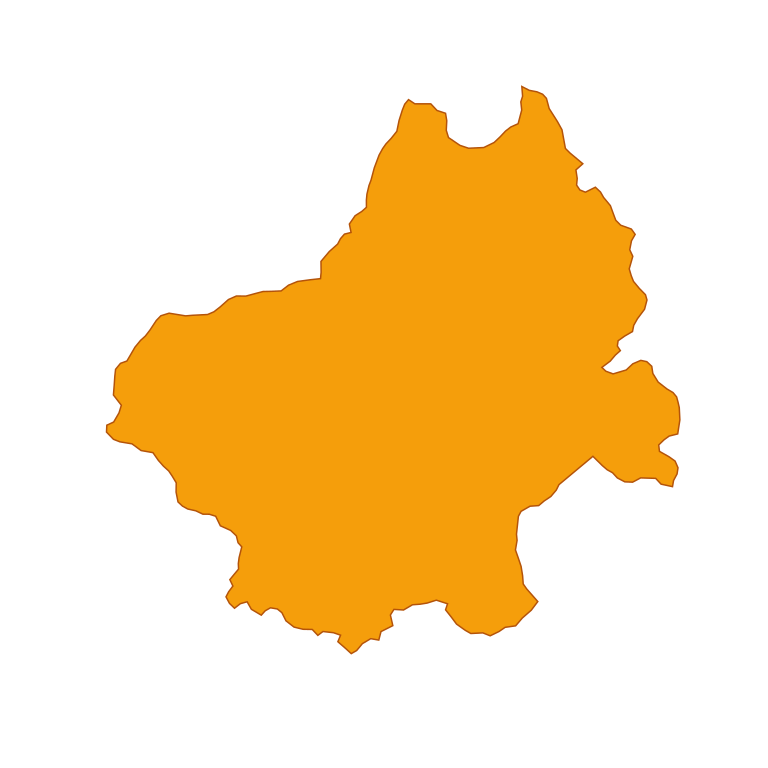 São João da Boa Vista, São Paulo, Brazil, rotated 256°
{"feature_id": "56859067B11847187620015", "entity_name": "São João da Boa Vista", "entity_type": "district", "adm_level": 2, "iso_a3": "BRA", "parent_name": "Brazil", "parent_adm1": "São Paulo", "projection": "natural_earth1", "projection_center": [-46.804, -21.966], "detail": "fine", "context": "isolated", "style": "filled", "palette": "amber", "viewbox_px": 768, "rotation_deg": 256, "n_neighbors": 0, "source": "geoboundaries", "source_scale": "gbopen_adm2", "svg_char_len": 3231}
<svg xmlns="http://www.w3.org/2000/svg" viewBox="0 0 768 768"><g transform="rotate(256 384 384)"><path d="M654.0,476.6L650.5,471.8L645.4,468.1L636.1,462.4L626.1,457.6L620.6,450.4L616.5,444.0L612.7,439.6L607.3,434.6L596.1,426.9L584.9,420.7L580.3,417.5L572.4,413.4L566.7,411.4L559.7,409.7L556.8,404.2L554.3,396.7L547.6,389.1L539.0,388.7L539.0,381.9L535.6,377.0L531.0,372.9L525.8,363.0L518.2,352.5L507.6,350.0L501.6,347.9L503.0,337.6L504.4,324.9L503.0,315.3L499.2,306.7L501.2,296.9L503.0,289.0L502.9,280.3L502.7,271.2L505.1,262.1L503.6,253.5L498.3,243.4L495.2,236.4L494.1,229.6L497.0,214.8L498.1,208.0L504.7,192.6L504.2,184.0L500.7,178.4L492.9,169.9L488.3,164.1L485.2,158.3L480.0,151.3L473.4,144.9L468.5,140.1L467.8,133.3L463.2,127.1L456.7,124.7L448.0,121.9L438.8,118.8L426.9,124.0L420.1,119.9L412.5,112.5L411.1,105.1L404.5,103.1L395.8,108.1L391.8,113.7L386.9,125.0L378.2,132.2L373.3,143.2L364.4,146.6L357.7,150.1L351.7,154.1L345.9,156.2L338.4,158.5L329.4,156.1L319.4,155.6L314.3,158.9L310.2,163.3L306.5,170.7L301.5,176.8L299.9,183.0L296.4,188.7L286.0,190.9L279.0,199.8L272.4,204.0L265.3,204.0L260.4,206.6L250.6,201.4L245.0,199.2L239.6,198.1L235.8,192.9L231.5,187.1L224.5,188.5L220.0,183.0L215.7,179.2L208.5,181.0L202.6,184.7L205.6,191.5L205.8,198.5L197.5,200.8L189.4,209.0L192.7,213.9L194.3,219.7L191.5,226.1L186.8,229.6L177.9,231.6L169.9,237.9L165.6,246.1L163.2,255.0L156.1,259.0L158.6,264.9L154.9,274.8L150.8,281.1L145.1,276.9L136.2,283.1L130.3,287.0L132.0,293.0L137.3,300.2L140.1,309.5L136.8,317.0L144.5,321.2L147.4,334.1L158.3,334.3L162.9,339.1L160.0,348.3L162.9,358.2L161.6,365.8L161.0,372.9L161.6,382.5L155.4,392.5L150.0,389.1L141.6,392.9L133.5,396.3L125.4,403.2L120.9,407.9L118.6,419.7L114.0,426.1L116.0,435.7L118.6,442.7L117.5,453.2L123.4,461.5L128.9,472.2L135.7,480.6L150.6,472.9L156.3,470.7L164.4,472.1L173.9,472.9L182.6,472.2L191.2,471.4L200.1,475.3L206.2,476.2L223.1,482.4L227.3,486.2L230.1,496.1L228.6,504.7L231.8,511.2L234.5,518.7L239.4,525.5L244.0,529.4L263.3,569.2L252.0,576.1L246.8,579.8L242.6,584.3L236.4,587.7L230.8,594.0L228.6,601.5L230.8,610.3L226.7,624.8L219.8,628.6L214.6,639.1L220.3,641.6L225.8,646.6L231.6,649.0L238.8,647.8L244.5,642.9L252.0,635.0L258.4,635.8L262.1,642.2L264.5,648.1L264.5,656.9L277.6,662.4L289.7,664.8L295.2,664.9L300.7,664.8L305.7,662.4L310.8,657.3L319.5,650.5L329.2,647.4L336.4,648.1L342.1,644.4L344.8,638.9L343.4,630.3L339.0,622.4L338.4,608.7L342.7,602.4L347.4,599.4L351.5,609.1L356.1,615.5L359.2,621.4L364.4,619.6L369.3,621.6L372.2,628.9L374.8,637.8L380.5,640.5L386.0,645.7L393.5,654.9L401.9,659.5L407.4,659.3L414.9,654.9L423.2,650.9L429.2,650.1L436.4,649.8L447.7,656.3L454.8,654.9L463.1,658.8L468.4,663.9L474.5,661.5L480.8,652.1L486.8,648.5L493.8,647.7L502.3,646.8L511.9,642.2L517.9,640.5L523.8,636.7L521.4,625.8L524.9,621.0L530.4,619.0L536.7,621.2L545.3,622.0L549.6,630.2L563.2,620.3L568.7,617.0L587.6,618.2L596.6,615.8L611.3,610.9L621.9,610.7L626.8,608.0L630.5,603.1L633.8,596.0L639.3,589.7L629.7,588.1L624.6,585.0L616.5,583.9L604.1,577.1L602.7,569.2L600.0,563.1L595.7,556.4L591.7,549.3L589.3,538.0L592.3,523.1L597.2,515.4L607.5,506.2L615.1,505.8L624.3,508.6L631.8,509.2L636.6,501.6L644.5,497.2L648.4,481.7L654.0,476.6Z" fill="#f59e0b" stroke="#b45309" stroke-width="1.5"/></g></svg>